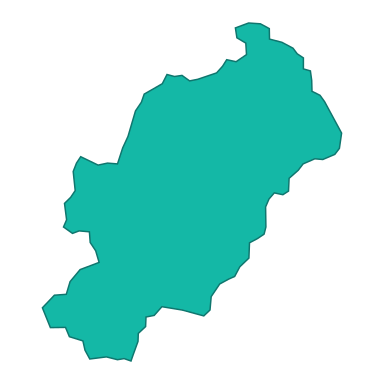 the district of Tabaí, Rio Grande do Sul, Brazil
{"feature_id": "56859067B50369544487045", "entity_name": "Tabaí", "entity_type": "district", "adm_level": 2, "iso_a3": "BRA", "parent_name": "Brazil", "parent_adm1": "Rio Grande do Sul", "projection": "orthographic", "projection_center": [-51.732, -29.667], "detail": "fine", "context": "isolated", "style": "filled", "palette": "teal", "viewbox_px": 384, "rotation_deg": 0, "n_neighbors": 0, "source": "geoboundaries", "source_scale": "gbopen_adm2", "svg_char_len": 1266}
<svg xmlns="http://www.w3.org/2000/svg" viewBox="0 0 384 384"><path d="M122.7,147.9L117.5,163.9L107.5,163.1L98.1,165.1L80.7,156.7L76.5,163.1L73.2,171.5L75.2,190.6L70.7,197.3L64.5,203.4L66.6,219.8L63.5,227.0L72.5,233.4L79.1,230.9L89.4,231.8L90.2,242.5L95.7,250.8L99.1,262.4L80.1,269.6L70.1,281.6L66.3,294.3L54.4,295.2L42.4,307.8L50.4,327.6L65.5,327.4L69.4,336.7L82.9,340.9L85.0,350.2L89.8,359.0L106.4,356.9L117.5,359.7L124.1,358.6L131.0,361.0L133.4,354.1L138.0,341.4L138.3,333.4L145.6,326.6L146.0,317.0L154.2,315.4L161.9,306.7L182.0,310.0L203.8,315.9L210.0,310.0L211.2,296.6L219.7,284.0L228.5,279.2L234.7,276.4L239.8,266.8L248.9,258.1L249.5,242.8L257.6,238.5L264.1,234.1L265.9,227.0L265.6,206.9L269.0,199.0L274.3,192.9L282.9,194.7L288.5,191.1L289.1,178.3L298.2,170.3L303.1,163.9L314.8,158.8L322.8,159.5L334.8,154.4L339.4,148.4L341.6,133.1L324.6,101.7L320.0,95.3L312.0,91.3L311.7,80.4L310.4,70.9L303.4,68.9L303.4,57.9L297.2,53.8L293.0,48.2L281.9,42.3L269.5,39.1L269.3,28.6L260.4,23.8L248.6,23.0L235.4,27.9L236.9,37.8L245.8,43.1L246.5,54.6L236.1,61.7L226.7,59.7L222.6,66.2L216.6,72.9L197.7,79.3L189.6,80.9L182.0,75.4L174.5,76.5L167.0,74.5L162.3,83.7L144.2,94.1L141.4,102.2L135.5,110.9L128.0,136.4L122.7,147.9Z" fill="#14b8a6" stroke="#0f766e" stroke-width="1.5"/></svg>